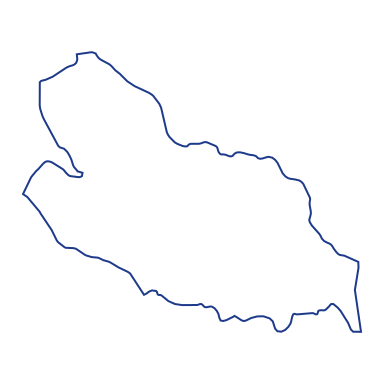 the Prefecture of Lobaye
{"feature_id": "CAF-795", "entity_name": "Lobaye", "entity_type": "Prefecture", "adm_level": 1, "iso_a3": "CAF", "parent_name": "Central African Republic", "parent_adm1": "", "projection": "albers", "projection_center": [17.683, 4.256], "detail": "fine", "context": "isolated", "style": "outline", "palette": "blue", "viewbox_px": 384, "rotation_deg": 0, "n_neighbors": 0, "source": "natural_earth", "source_scale": "10m", "svg_char_len": 3035}
<svg xmlns="http://www.w3.org/2000/svg" viewBox="0 0 384 384"><path d="M358.3,261.9L358.5,267.8L354.9,290.0L361.0,331.8L353.1,331.7L350.9,329.5L348.1,322.9L340.7,311.1L337.8,307.7L333.3,304.0L331.0,304.1L329.0,306.5L325.7,309.7L324.1,310.4L321.1,310.2L319.0,310.5L318.2,311.2L317.5,313.7L316.8,314.3L315.6,314.3L313.5,313.3L312.5,313.1L298.2,314.3L296.2,314.3L294.6,313.8L293.3,314.2L292.2,316.7L291.0,322.1L290.3,323.9L288.2,327.0L285.1,330.0L281.3,331.7L277.4,331.2L275.1,328.6L272.8,321.4L269.7,318.4L263.5,316.3L257.3,316.4L251.2,318.0L245.6,320.7L243.4,321.0L241.6,320.3L235.3,316.3L234.4,315.9L233.4,316.7L226.5,320.1L223.1,321.0L220.6,320.5L219.3,317.7L218.5,314.1L216.8,310.9L214.5,308.2L211.8,306.6L210.2,306.5L206.8,307.2L205.1,307.2L204.0,306.5L202.3,304.6L201.1,304.0L199.8,304.1L197.7,304.9L196.8,305.0L182.1,305.1L174.9,304.0L168.4,301.1L161.7,295.6L160.9,295.1L158.4,294.9L157.6,294.2L156.9,291.8L156.1,291.0L152.0,290.4L149.1,291.6L146.4,293.6L144.0,294.8L130.2,273.6L129.1,272.7L127.5,271.7L118.3,267.3L111.3,263.0L109.1,261.8L103.4,260.2L99.3,258.2L98.3,257.8L97.3,257.6L91.7,257.1L86.0,255.4L85.2,255.0L76.0,248.8L74.7,248.4L72.8,248.1L65.8,247.8L64.5,247.2L58.1,242.2L57.4,241.3L56.6,240.1L51.7,230.1L40.5,213.4L40.1,212.6L39.7,211.8L27.3,197.0L23.0,194.1L31.2,177.1L36.1,171.1L38.4,169.0L42.9,163.9L44.9,162.1L46.5,161.4L48.2,161.3L50.2,161.7L52.2,162.5L62.9,169.2L64.2,170.5L65.4,172.1L68.1,174.9L69.5,175.8L70.3,176.1L78.9,177.2L80.7,176.8L82.0,176.0L82.5,172.8L78.5,171.6L77.5,171.4L77.0,170.5L74.0,167.0L73.1,165.2L71.4,159.7L69.6,155.8L67.2,151.8L64.0,148.7L59.9,147.4L58.2,145.8L43.9,119.2L42.4,115.9L40.3,109.2L39.7,105.6L39.8,82.3L40.9,81.1L42.2,80.6L45.6,79.8L52.7,76.7L66.3,67.7L68.4,66.7L70.1,66.0L71.4,65.7L73.2,65.1L74.8,64.2L76.2,62.8L76.9,60.9L77.3,59.4L76.8,54.3L91.5,52.2L93.4,52.6L95.8,53.6L96.7,55.4L98.6,58.0L101.0,59.8L109.4,64.3L111.4,66.0L115.3,70.3L119.7,73.7L127.3,81.3L134.7,86.2L148.9,92.8L151.3,94.3L153.1,95.7L159.3,103.8L161.1,107.7L166.8,132.1L168.0,134.8L169.6,137.1L174.7,142.3L177.4,143.9L182.7,146.0L185.0,146.4L186.8,146.4L187.7,145.8L188.5,144.9L189.3,144.3L190.8,143.8L198.9,143.8L201.2,143.3L202.9,142.6L204.8,142.1L206.7,142.2L215.4,145.9L216.7,146.8L217.4,148.0L218.1,150.6L218.7,152.2L220.0,153.8L221.1,154.4L223.5,154.4L225.4,154.7L229.3,156.2L231.1,156.4L232.6,155.9L233.6,154.7L234.6,153.7L235.5,153.1L236.5,152.6L237.4,152.4L239.9,152.3L243.8,153.1L248.4,154.5L249.8,154.8L251.7,155.0L254.0,155.4L256.1,156.2L258.0,158.2L260.2,158.8L262.8,158.4L265.9,157.4L268.6,156.8L272.3,157.7L275.1,159.8L277.5,162.8L282.7,173.4L285.4,176.4L287.8,178.0L289.9,178.7L295.3,179.5L299.1,180.4L301.4,181.8L303.3,183.9L310.0,197.9L310.1,199.4L309.6,202.8L309.7,205.3L310.7,210.8L310.9,213.2L310.5,215.4L309.2,220.1L310.0,222.5L311.9,225.6L319.4,234.0L321.0,236.6L321.5,237.9L322.2,239.0L324.1,241.0L326.9,242.5L329.5,243.6L331.2,244.8L332.5,246.5L333.7,248.6L336.5,252.3L338.1,253.9L339.7,254.9L344.4,255.7L358.1,261.8L358.3,261.9Z" fill="none" stroke="#1e3a8a" stroke-width="2"/></svg>